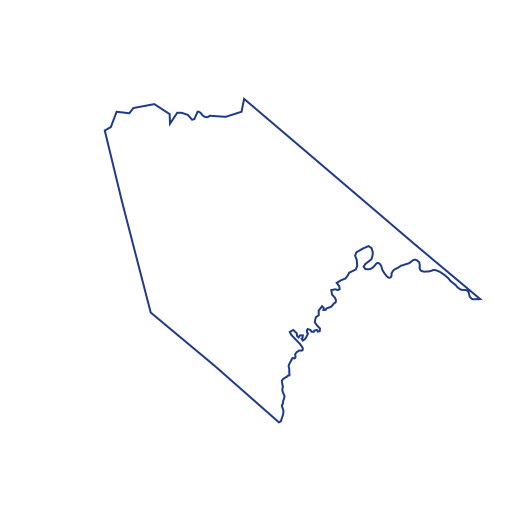 the district of Armstrong, Pennsylvania, United States of America, rotated 130°
{"feature_id": "52423323B60560840330352", "entity_name": "Armstrong", "entity_type": "district", "adm_level": 2, "iso_a3": "USA", "parent_name": "United States of America", "parent_adm1": "Pennsylvania", "projection": "orthographic", "projection_center": [-79.507, 40.848], "detail": "fine", "context": "isolated", "style": "outline", "palette": "blue", "viewbox_px": 512, "rotation_deg": 130, "n_neighbors": 0, "source": "geoboundaries", "source_scale": "gbopen_adm2", "svg_char_len": 3342}
<svg xmlns="http://www.w3.org/2000/svg" viewBox="0 0 512 512"><g transform="rotate(130 256 256)"><path d="M143.3,366.1L154.8,359.8L168.9,368.7L178.3,381.6L178.9,381.6L180.6,382.3L181.6,383.3L182.3,384.7L182.6,386.2L182.4,388.4L182.0,390.1L182.1,391.8L182.6,393.3L183.0,393.5L190.7,391.2L192.7,392.6L191.7,398.9L194.1,405.0L196.9,408.4L209.9,406.9L202.8,413.4L205.0,431.5L221.4,445.0L228.1,444.8L235.1,455.5L250.5,450.1L257.1,452.5L300.1,394.1L309.9,380.4L367.0,300.3L366.7,216.7L368.7,131.5L366.4,130.7L365.3,131.3L360.1,133.3L358.1,134.5L356.4,136.1L356.0,136.9L355.3,138.1L355.0,138.6L354.8,139.0L353.8,140.2L352.6,140.3L351.1,140.9L350.1,141.8L349.4,142.1L347.9,142.6L346.7,143.2L345.6,143.6L344.9,144.3L344.7,144.7L344.4,145.3L344.0,145.9L343.3,147.5L342.2,149.2L341.0,150.3L340.2,150.7L338.6,151.5L338.2,152.4L337.0,153.6L336.0,155.0L335.0,156.0L333.5,156.2L331.8,155.9L330.1,155.4L329.1,154.8L327.2,154.7L326.0,153.7L325.3,154.0L324.9,154.7L322.8,156.5L321.2,157.9L320.1,159.2L319.9,159.7L319.3,160.3L318.2,160.8L316.9,161.2L314.9,161.6L312.6,162.0L311.7,162.5L310.4,162.3L310.1,161.4L309.8,160.7L308.8,160.5L308.0,160.8L307.3,161.5L306.3,162.8L303.8,163.1L300.7,162.2L299.7,161.0L299.2,160.2L298.1,159.8L297.2,160.3L296.3,161.4L295.1,165.7L294.2,174.5L293.7,178.5L292.4,181.3L288.7,179.9L289.0,175.1L290.9,173.1L291.0,171.0L290.0,171.1L288.6,171.3L286.7,169.1L288.6,167.8L290.1,167.9L290.7,165.8L287.9,165.0L284.1,165.8L282.0,166.3L281.6,167.9L280.1,169.3L278.7,169.4L277.7,166.8L278.3,164.8L276.9,163.0L275.6,163.3L273.5,161.9L274.2,160.0L272.6,158.9L270.4,160.4L270.0,164.5L269.0,168.4L264.6,170.8L261.0,169.9L257.5,172.9L254.3,173.0L252.0,173.1L252.3,170.6L254.0,169.7L252.5,168.0L250.8,168.3L246.6,165.8L242.2,165.8L240.3,165.2L238.4,166.4L237.2,168.9L236.7,172.9L233.7,176.4L230.5,173.8L229.6,171.6L227.7,170.5L225.6,172.9L224.7,176.9L219.8,175.2L215.7,173.0L211.6,173.2L208.9,173.9L202.2,170.9L198.5,172.1L194.2,176.4L192.0,180.3L188.7,181.5L181.8,179.0L176.1,176.2L175.7,172.6L178.0,169.0L180.2,167.4L181.8,166.5L184.3,165.5L191.9,167.1L195.0,166.7L195.7,163.9L194.4,161.9L192.6,160.1L191.7,159.7L190.2,159.2L187.9,158.9L184.5,158.9L183.2,158.5L182.7,157.8L182.5,156.1L183.0,154.0L183.6,152.9L184.1,152.3L184.7,151.3L185.3,150.4L185.5,150.0L185.7,149.5L186.0,148.7L186.8,146.1L187.0,145.3L187.1,144.4L187.5,142.8L187.4,140.6L187.0,139.8L185.6,139.1L184.2,139.4L183.1,140.3L181.8,141.1L179.2,141.5L177.5,141.3L175.8,140.6L175.4,140.4L174.6,140.1L174.0,139.8L172.7,139.4L171.5,139.0L170.2,138.7L168.8,137.6L167.5,136.9L165.9,135.9L163.8,134.5L163.0,134.1L161.8,133.7L160.8,133.6L159.7,133.3L158.7,133.1L157.8,132.7L157.2,132.4L156.3,131.4L155.9,130.3L155.9,127.1L156.2,126.5L157.4,125.0L160.1,122.9L161.0,121.4L161.2,119.6L160.7,118.7L160.4,118.1L160.1,117.5L159.8,117.0L159.2,116.3L158.1,115.3L157.4,114.3L155.3,112.6L153.9,111.7L153.1,111.4L152.1,110.4L151.5,109.5L151.2,108.8L150.6,107.1L150.0,105.1L149.7,102.9L149.3,99.0L149.4,97.9L149.4,96.6L149.4,94.7L149.8,92.7L150.2,90.4L150.0,86.6L150.0,84.0L150.5,81.3L150.2,77.8L149.8,77.0L149.4,76.2L148.8,75.5L148.4,74.9L147.4,73.6L146.8,72.2L147.0,70.0L147.4,69.4L148.2,68.4L149.3,66.8L149.6,66.2L149.9,65.5L150.1,63.2L149.6,61.9L148.8,60.9L147.2,59.2L145.5,57.1L144.9,56.5L145.0,143.1L144.3,227.0L143.9,277.4L143.3,366.1Z" fill="none" stroke="#1e3a8a" stroke-width="2"/></g></svg>